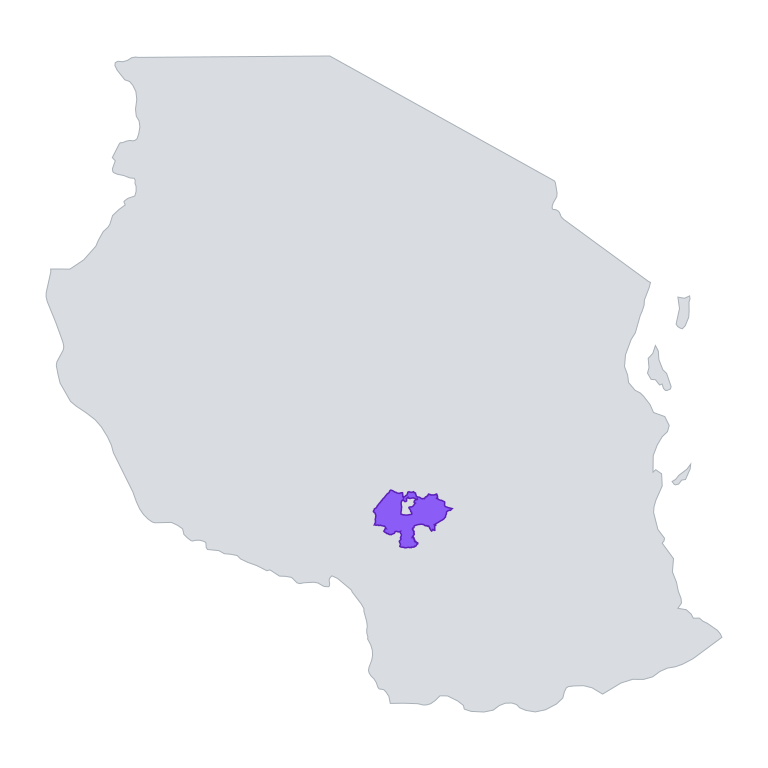 location of Mufindi, Iringa, United Republic of Tanzania
{"feature_id": "72390352B52349151211707", "entity_name": "Mufindi", "entity_type": "district", "adm_level": 2, "iso_a3": "TZA", "parent_name": "United Republic of Tanzania", "parent_adm1": "Iringa", "projection": "orthographic", "projection_center": [35.243, -8.57], "detail": "fine", "context": "in_parent", "style": "filled", "palette": "violet", "viewbox_px": 768, "rotation_deg": 0, "n_neighbors": 0, "source": "geoboundaries", "source_scale": "gbopen_adm2", "svg_char_len": 9641}
<svg xmlns="http://www.w3.org/2000/svg" viewBox="0 0 768 768"><path d="M266.8,570.7L256.8,565.6L247.8,562.4L240.5,558.9L237.2,555.5L230.3,554.2L224.3,553.7L218.8,550.6L207.5,549.5L206.2,547.4L205.9,542.6L204.0,541.4L199.8,540.2L195.4,540.3L192.7,541.0L191.1,540.7L187.4,537.9L183.9,534.4L182.6,528.8L177.4,525.2L171.4,522.4L154.8,522.8L152.2,522.0L148.2,519.2L143.5,514.5L139.8,509.1L136.4,501.8L132.9,492.0L113.4,452.7L111.4,445.2L107.6,437.0L101.4,426.9L94.9,419.5L86.0,412.7L76.0,406.0L70.6,401.5L60.1,383.1L58.0,374.4L56.3,365.4L56.9,361.8L63.2,350.1L63.8,346.8L63.0,342.4L59.7,333.2L55.6,322.0L47.3,301.7L46.1,296.6L46.2,292.7L50.8,271.9L50.7,269.0L69.9,269.1L83.8,259.8L95.9,246.1L98.3,240.4L103.2,231.6L108.0,227.2L109.9,224.2L112.6,215.5L119.0,209.5L125.2,204.9L123.9,201.8L124.8,200.6L128.2,198.2L134.8,196.0L136.1,191.5L136.1,186.3L135.0,183.5L135.2,180.2L134.2,178.3L129.8,177.9L123.4,175.4L117.9,174.4L114.3,173.0L112.9,171.8L112.4,168.8L115.3,160.8L112.3,157.6L119.0,144.4L120.2,142.8L122.6,142.6L126.5,141.1L130.0,140.4L132.9,140.9L135.1,140.3L137.0,138.8L138.6,134.4L139.9,126.9L139.1,120.9L136.3,116.2L135.5,109.1L136.8,99.5L135.9,91.6L132.8,85.3L129.6,81.5L124.8,79.8L117.2,70.2L114.9,65.5L115.3,62.6L117.9,61.3L122.7,61.7L127.3,60.5L131.5,57.8L135.6,57.0L137.8,57.4L329.8,56.0L554.4,180.9L555.3,182.4L557.1,193.2L556.7,196.8L553.2,203.0L552.2,206.2L552.2,208.5L553.0,209.4L555.9,209.7L558.4,211.2L559.4,212.4L561.3,217.0L563.7,219.4L648.5,281.5L650.5,282.4L649.2,287.5L644.4,300.0L644.1,305.2L642.1,311.3L640.3,315.3L635.3,332.9L631.2,339.4L625.5,354.8L624.5,366.6L627.6,374.9L628.6,382.6L635.1,390.3L640.3,393.0L643.8,396.5L650.0,404.5L653.5,412.5L664.8,416.6L669.2,425.5L667.5,431.6L662.2,436.7L657.3,444.9L653.2,455.6L653.0,472.2L655.7,469.7L661.6,473.8L662.2,486.0L655.9,500.2L654.0,506.8L653.6,512.5L657.9,529.5L664.5,538.2L664.0,540.9L662.2,543.2L673.5,558.6L672.4,571.9L676.5,582.3L678.3,591.3L681.0,598.3L681.5,603.0L677.9,608.3L686.2,609.7L691.1,614.0L693.3,618.2L699.4,618.1L702.6,621.0L707.3,623.3L717.5,630.4L720.3,633.9L721.9,637.3L693.0,658.7L682.6,664.2L675.2,666.8L667.4,668.1L659.8,671.5L652.7,676.8L643.6,679.4L632.6,679.3L621.0,683.0L602.6,694.1L592.1,687.8L583.8,685.7L574.2,685.9L568.4,686.6L566.3,687.9L564.4,691.7L562.8,698.0L556.5,704.0L545.4,709.8L535.3,711.9L526.0,710.4L519.8,707.9L516.5,704.5L511.7,703.0L505.3,703.2L499.2,705.6L493.3,710.1L484.0,712.0L471.2,711.4L464.3,709.1L463.4,705.4L457.8,701.0L447.5,695.9L440.0,695.8L435.1,700.6L430.7,703.7L426.7,704.9L423.1,705.0L417.9,703.7L403.7,703.2L390.3,703.4L388.9,696.4L386.1,692.1L383.7,689.6L379.1,688.9L377.8,687.0L376.3,682.6L374.0,678.9L370.9,675.8L369.1,672.9L368.5,670.3L369.0,667.4L371.7,660.2L372.6,655.3L372.3,650.2L370.8,645.0L367.6,638.9L367.9,637.1L366.8,632.9L366.7,630.0L367.3,626.3L366.7,621.5L363.9,611.2L363.9,608.5L361.0,603.6L352.0,591.8L351.6,590.2L337.5,578.4L331.9,575.8L329.8,578.0L329.1,580.1L329.7,583.9L329.4,585.8L328.8,586.7L325.4,586.6L323.3,586.1L318.0,583.0L313.9,582.2L303.6,582.8L300.0,583.6L297.1,582.9L291.6,577.4L285.3,576.3L279.5,576.1L270.0,569.9L266.8,570.7ZM666.6,373.4L671.1,386.5L670.5,388.9L667.2,390.4L665.5,390.5L663.5,388.4L662.1,384.0L659.6,385.0L655.4,379.7L651.1,379.4L647.5,373.1L649.0,367.6L648.2,358.3L652.8,353.5L655.4,345.5L658.3,351.1L658.9,359.6L662.8,369.7L666.6,373.4ZM689.6,295.9L690.0,299.0L689.0,301.9L689.1,311.2L688.7,317.3L685.2,325.8L682.3,328.8L679.8,327.9L677.7,326.5L676.1,324.1L679.5,308.5L677.9,297.1L684.5,298.3L689.6,295.9ZM678.6,484.1L675.3,484.9L674.0,484.1L672.1,481.5L675.6,479.4L679.0,475.2L687.0,469.1L690.7,464.1L690.1,469.0L685.5,479.5L681.7,480.1L678.6,484.1Z" fill="#d9dde1" stroke="#a8b0b8" stroke-width="1"/><path d="M390.6,490.1L389.7,491.0L389.4,492.0L388.9,492.8L388.2,493.2L388.0,493.4L387.5,493.6L387.3,493.8L387.1,494.0L386.0,495.4L385.1,496.5L384.3,497.6L382.7,499.1L382.3,499.6L382.2,500.1L382.1,500.4L381.4,500.7L380.8,501.7L380.4,502.0L380.3,502.5L379.5,503.1L379.0,503.7L378.0,505.0L377.8,505.5L377.2,505.9L376.8,507.0L376.5,507.5L376.0,508.0L374.5,508.8L374.3,509.0L374.2,509.7L374.0,510.3L373.6,510.7L373.6,511.1L373.4,511.6L374.1,512.3L374.2,512.5L374.8,512.8L375.2,513.3L375.5,514.6L375.8,515.1L375.9,515.5L375.7,516.7L375.6,517.7L375.2,519.5L375.2,519.8L375.5,520.6L375.4,521.2L375.5,522.8L375.1,523.1L374.9,523.4L374.4,524.7L374.7,524.6L375.1,525.0L376.2,525.3L376.9,525.0L377.4,525.0L378.5,525.2L378.5,525.4L378.9,525.4L379.0,525.5L379.5,525.4L380.2,525.4L380.3,525.4L380.5,525.2L381.2,525.5L381.5,525.5L382.0,525.8L382.7,525.8L383.5,526.1L384.1,526.0L384.3,526.1L384.4,526.3L385.0,526.7L386.2,528.6L385.6,528.5L385.1,528.8L384.7,529.3L384.8,529.5L384.7,530.0L383.8,531.1L384.2,531.7L384.9,532.2L385.7,532.6L385.9,532.8L386.2,532.8L386.9,533.6L388.1,533.5L388.4,534.1L389.2,534.4L389.5,534.6L390.0,534.5L390.4,534.5L391.3,534.7L391.5,534.5L392.7,533.9L394.2,533.4L394.9,532.4L395.1,531.6L395.3,531.5L396.8,531.4L397.8,531.8L398.4,531.9L400.2,531.7L400.5,531.5L400.3,532.2L400.3,532.7L400.8,533.6L401.1,533.9L401.4,534.8L401.3,535.9L400.8,536.7L400.8,537.1L400.4,537.8L400.5,538.1L401.1,538.9L401.1,539.2L400.1,540.4L399.6,540.9L399.4,541.1L399.5,541.3L399.3,541.6L399.9,543.0L400.4,543.8L400.4,544.9L399.9,545.8L399.8,546.4L401.1,547.1L402.6,547.2L403.0,547.3L403.6,547.3L404.0,547.5L404.4,547.5L404.7,547.8L405.3,547.8L406.6,547.7L407.5,547.4L407.9,547.4L408.9,547.3L409.4,547.6L410.2,547.5L411.2,547.6L411.2,547.3L411.8,547.0L412.3,547.2L412.8,547.2L414.1,547.0L414.4,546.8L414.5,546.5L414.4,546.4L414.5,546.3L414.7,546.5L415.0,546.5L415.2,546.2L415.7,546.1L415.9,546.0L416.1,545.7L416.7,544.7L417.3,544.0L417.8,543.8L417.8,543.6L417.6,543.4L417.7,543.1L417.6,542.7L416.6,542.8L416.4,542.7L416.4,542.2L416.1,541.9L415.9,541.9L415.8,541.6L415.2,541.9L414.6,541.5L414.6,541.1L414.5,540.8L414.9,540.7L414.8,540.1L414.6,539.8L414.3,539.7L414.3,539.3L413.8,539.0L413.6,538.7L414.1,538.3L414.0,537.9L413.8,537.8L413.5,537.4L413.2,537.6L412.5,537.3L412.2,537.4L412.5,536.5L412.7,536.2L413.0,536.2L413.3,535.9L413.5,535.6L413.6,535.1L414.3,534.4L414.2,533.7L414.0,533.4L413.9,533.5L413.8,533.3L413.8,533.1L414.0,533.0L414.0,532.8L413.8,532.8L413.9,532.5L413.8,532.1L414.1,531.6L413.9,531.4L413.9,531.2L413.6,531.1L413.6,530.9L413.4,530.8L413.3,530.4L413.0,530.2L413.0,529.6L412.4,529.3L412.4,529.2L412.7,528.2L413.0,528.2L413.5,528.0L414.0,527.5L414.1,526.1L414.3,525.9L414.6,525.7L417.3,524.8L417.8,524.6L421.4,524.2L422.9,524.4L423.0,524.5L423.7,524.6L424.0,524.9L424.2,525.0L424.4,525.2L424.6,525.2L424.8,525.5L425.5,525.8L426.3,525.6L426.7,525.9L426.9,525.8L427.0,526.0L427.4,526.0L427.6,526.2L428.0,525.9L428.6,526.1L428.6,526.3L428.9,526.5L429.1,526.9L429.2,527.0L429.9,528.7L430.3,529.1L430.7,530.1L431.3,530.5L431.4,530.9L431.7,531.1L432.3,530.1L432.9,529.4L434.1,530.4L434.8,530.5L435.0,530.7L434.9,530.5L435.0,530.3L434.7,529.9L434.6,529.5L434.6,529.1L434.8,529.0L434.7,528.2L434.8,527.8L434.7,527.1L434.6,526.9L434.6,526.1L434.9,525.5L435.7,525.5L435.8,525.3L435.8,525.2L435.3,525.1L434.4,524.7L436.1,523.6L438.7,522.1L440.2,521.1L442.3,520.0L444.1,518.7L444.3,518.2L445.5,517.0L445.6,515.6L446.4,513.9L446.5,512.1L447.1,511.4L448.2,510.7L449.6,510.3L450.6,510.3L451.0,509.6L452.2,508.6L447.8,507.5L447.0,507.1L445.6,506.7L445.2,506.5L444.9,505.9L444.5,505.4L444.6,504.7L444.7,502.5L444.6,501.9L444.2,501.6L443.4,501.3L442.9,501.0L442.0,500.6L441.7,500.3L440.5,500.3L438.4,499.4L437.9,498.8L437.1,498.7L436.6,498.4L436.6,498.2L437.2,498.2L437.6,497.8L437.3,496.9L437.6,496.3L437.3,495.6L436.9,495.4L436.8,495.2L437.0,494.7L436.8,494.1L436.6,494.0L436.2,494.0L435.0,494.8L434.5,494.7L433.8,495.0L432.4,494.9L431.8,495.1L431.1,494.8L430.6,494.9L430.4,494.7L430.0,494.4L429.8,494.3L429.4,494.5L428.5,494.1L427.8,495.5L427.6,495.7L427.3,495.7L426.9,496.5L426.5,496.7L426.3,496.9L425.8,496.8L425.0,497.5L424.9,498.0L424.5,498.7L424.0,498.5L423.7,498.5L423.3,498.6L422.9,498.5L422.7,498.8L422.0,498.8L420.6,498.0L419.8,497.4L419.3,497.2L418.3,497.1L417.8,496.9L416.7,496.7L416.3,496.6L416.2,496.3L416.3,495.7L416.1,495.2L415.9,494.9L415.8,494.3L415.6,494.1L415.5,493.0L415.3,492.9L414.6,492.8L413.7,492.2L413.6,491.7L413.2,491.7L412.7,492.1L412.1,492.3L411.3,492.4L411.0,492.2L410.5,492.3L409.9,492.0L409.5,492.0L409.1,491.7L407.8,492.2L407.5,493.7L407.3,493.9L406.9,495.1L405.9,495.5L405.5,496.1L404.0,496.8L403.8,497.7L403.5,498.0L403.3,497.5L403.1,496.7L402.7,496.5L402.9,495.8L402.7,495.1L402.8,494.8L402.5,494.0L402.7,493.1L402.5,492.7L401.0,492.8L400.6,492.9L399.8,493.4L399.4,493.2L398.7,493.3L397.5,493.1L397.3,493.1L396.4,492.6L396.1,492.3L395.0,492.1L392.7,490.7L391.3,490.2L390.6,490.1ZM408.9,498.3L410.0,498.5L410.9,498.3L411.8,498.0L412.7,498.0L413.2,497.8L413.6,497.9L413.9,498.2L414.7,498.3L415.1,498.7L415.9,499.2L416.5,499.1L417.1,499.2L417.3,498.9L417.4,499.1L417.4,499.4L415.5,499.9L414.4,500.8L414.4,501.2L414.1,501.7L414.1,502.0L414.1,502.5L415.4,503.1L414.6,503.9L414.3,504.6L413.9,505.0L412.8,506.3L411.7,506.9L411.1,507.1L410.6,506.9L410.2,506.9L409.4,507.1L408.9,507.4L409.0,507.9L409.3,508.2L409.3,508.6L409.8,509.1L410.1,509.6L410.5,510.0L410.6,510.4L410.7,511.6L411.5,512.1L411.8,513.6L411.8,514.2L411.6,514.3L409.6,514.6L409.0,514.8L407.0,515.1L405.3,515.1L404.7,514.9L403.4,514.9L401.7,514.3L401.2,514.3L401.0,514.0L400.9,512.5L401.4,510.0L401.4,508.3L401.7,507.1L401.2,504.7L401.1,503.3L401.3,501.9L401.8,500.7L402.0,500.5L402.6,500.5L402.8,500.0L403.0,499.8L403.6,500.1L403.9,500.7L404.5,501.1L404.8,501.6L405.9,501.5L406.5,501.1L406.6,500.7L406.7,499.8L406.4,498.8L406.4,498.6L407.0,498.3L407.4,497.8L408.1,497.2L408.3,497.2L408.6,498.0L408.9,498.3Z" fill="#8b5cf6" stroke="#5b21b6" stroke-width="1.5"/></svg>